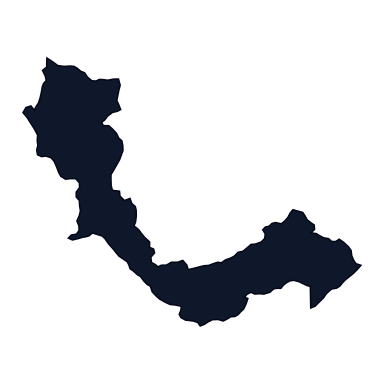 outline of Santo André, São Paulo, Brazil
{"feature_id": "56859067B67928479043835", "entity_name": "Santo André", "entity_type": "district", "adm_level": 2, "iso_a3": "BRA", "parent_name": "Brazil", "parent_adm1": "São Paulo", "projection": "orthographic", "projection_center": [-46.438, -23.712], "detail": "fine", "context": "isolated", "style": "filled", "palette": "ink", "viewbox_px": 384, "rotation_deg": 0, "n_neighbors": 0, "source": "geoboundaries", "source_scale": "gbopen_adm2", "svg_char_len": 3061}
<svg xmlns="http://www.w3.org/2000/svg" viewBox="0 0 384 384"><path d="M310.7,308.0L315.1,306.2L319.1,302.2L323.5,297.9L326.0,294.2L328.8,291.4L331.6,289.0L336.5,288.2L339.9,286.1L342.4,282.9L345.1,280.1L349.2,276.8L353.4,273.4L357.1,269.7L361.0,265.3L356.0,263.7L353.8,260.5L351.8,255.9L351.1,250.5L348.7,247.0L343.9,242.5L339.2,239.2L335.7,241.5L331.8,241.5L328.5,238.6L323.7,237.8L319.7,235.7L316.4,233.6L310.9,232.8L314.6,229.4L314.2,225.0L310.7,222.6L307.1,219.7L304.8,215.5L302.7,212.4L298.0,211.1L292.9,209.7L290.2,213.0L287.8,217.5L284.7,221.0L281.3,223.8L275.5,222.5L272.0,223.4L269.0,226.2L265.4,227.0L262.7,229.8L265.2,233.8L264.7,238.4L261.2,242.0L255.3,244.1L251.0,244.4L248.1,247.0L243.0,251.2L238.1,252.3L233.9,256.4L230.3,258.2L225.8,259.7L221.3,262.8L217.8,262.2L213.5,263.6L208.7,265.4L204.1,265.7L199.2,266.9L193.5,268.4L188.2,269.6L186.8,265.0L182.8,260.4L177.8,262.2L171.4,262.2L166.4,265.1L161.3,265.2L158.1,266.8L155.4,264.6L151.4,262.4L150.9,257.2L154.6,252.9L153.6,249.0L149.6,247.4L149.6,241.9L144.6,237.3L141.5,233.5L138.6,229.6L134.0,225.9L135.6,221.9L136.3,215.9L136.2,210.3L135.3,206.5L131.8,203.5L130.0,198.4L124.5,200.5L120.0,196.1L119.5,191.2L112.4,190.3L111.2,185.7L111.0,179.4L111.0,174.6L114.0,169.6L117.3,163.8L119.7,159.5L121.2,155.4L123.0,150.5L122.8,145.5L121.9,140.8L118.6,137.9L116.6,133.5L112.6,129.1L108.8,125.7L103.3,125.6L101.7,122.3L104.6,120.1L107.9,115.9L112.6,112.4L117.3,111.3L120.7,109.6L118.5,104.1L116.8,100.5L118.9,90.2L120.2,85.2L118.5,79.0L113.4,79.1L107.9,80.2L103.1,79.6L99.4,79.4L96.1,81.0L91.9,80.8L87.5,77.1L84.6,72.8L80.7,71.2L77.4,68.4L74.1,66.4L70.2,66.0L64.3,66.4L57.9,65.6L52.4,61.6L46.9,58.0L46.7,62.6L46.7,67.0L42.5,70.4L45.3,76.1L46.2,80.6L43.6,83.4L42.3,86.8L41.4,92.1L40.1,97.9L38.5,102.9L35.9,106.8L34.3,110.1L30.9,105.9L26.0,107.5L23.0,112.6L27.3,117.8L30.4,122.8L34.4,129.0L37.6,135.1L37.2,140.6L37.8,145.4L36.7,150.0L37.5,154.8L41.5,156.6L45.9,156.1L51.2,157.8L54.3,161.6L56.7,167.2L58.9,173.0L60.9,176.4L65.5,179.2L70.8,178.6L75.6,178.7L79.3,182.7L79.6,187.4L76.2,192.1L76.2,196.9L79.3,200.5L79.6,205.7L80.4,210.9L79.3,215.6L76.9,220.9L78.9,225.9L79.1,230.4L76.4,234.2L71.3,235.0L68.3,238.1L72.5,240.0L78.2,238.6L82.1,237.4L85.6,236.8L89.0,235.9L92.4,233.0L98.2,234.8L102.1,236.0L105.0,238.7L108.5,243.8L113.5,249.4L115.8,252.4L119.0,256.2L123.5,259.2L127.3,261.9L128.9,265.1L130.1,268.8L133.6,271.2L137.3,274.7L140.6,276.6L143.6,280.8L147.1,284.4L150.4,286.3L152.2,291.8L155.6,295.5L159.5,299.0L164.1,301.7L170.0,304.5L175.3,305.0L181.4,306.3L180.8,310.5L179.2,314.2L180.8,317.5L185.5,320.1L190.0,320.6L193.5,321.1L197.7,322.5L200.2,326.0L204.5,324.3L207.9,322.0L212.5,319.7L218.2,319.5L223.1,321.0L226.7,319.3L230.7,316.8L234.9,316.5L238.1,314.7L240.6,311.9L243.7,309.0L246.1,303.9L247.9,298.5L244.6,297.3L247.0,294.3L251.0,292.3L254.9,294.1L259.1,293.7L263.7,294.1L269.9,292.3L273.8,288.8L277.2,288.3L280.8,288.4L283.5,285.1L287.0,282.4L290.0,280.9L293.8,280.3L298.9,281.7L303.5,283.9L306.8,285.5L310.3,286.5L310.7,308.0Z" fill="#0f172a" stroke="#020617" stroke-width="1.5"/></svg>